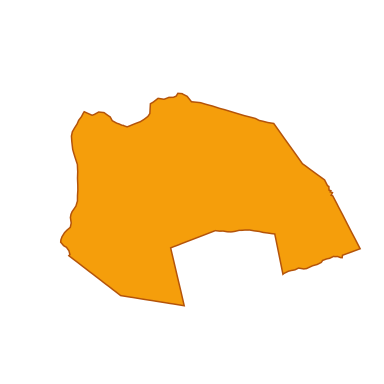 Coetzala, Veracruz, Mexico, rotated 251°
{"feature_id": "50627088B57395168555845", "entity_name": "Coetzala", "entity_type": "district", "adm_level": 2, "iso_a3": "MEX", "parent_name": "Mexico", "parent_adm1": "Veracruz", "projection": "albers", "projection_center": [-96.922, 18.775], "detail": "fine", "context": "isolated", "style": "filled", "palette": "amber", "viewbox_px": 384, "rotation_deg": 251, "n_neighbors": 0, "source": "geoboundaries", "source_scale": "gbopen_adm2", "svg_char_len": 2928}
<svg xmlns="http://www.w3.org/2000/svg" viewBox="0 0 384 384"><g transform="rotate(251 192 192)"><path d="M171.9,54.8L167.9,57.4L162.4,61.1L157.6,64.2L154.9,66.0L149.7,69.4L147.1,71.2L142.8,74.0L142.7,74.1L139.8,76.0L137.4,77.6L136.4,78.2L132.6,80.7L130.3,82.3L125.5,85.4L121.3,88.2L120.7,88.6L117.3,90.8L112.5,99.8L111.6,101.6L107.3,109.5L105.8,112.3L103.6,116.5L102.1,119.4L100.5,122.3L97.8,127.4L94.7,133.2L93.8,134.8L92.5,137.4L89.0,143.9L87.0,147.6L102.2,149.2L115.5,150.5L135.2,152.5L146.1,153.6L146.2,155.4L146.3,157.3L146.3,159.2L146.4,162.3L146.6,165.2L146.7,168.5L146.8,170.9L147.0,177.0L147.2,183.0L147.4,188.4L147.5,191.1L147.9,201.4L146.0,205.4L145.3,207.6L144.9,208.8L142.9,212.4L141.6,215.8L141.2,217.5L140.8,219.8L140.4,224.1L139.5,226.8L138.8,229.7L138.0,232.0L137.7,232.9L137.3,234.1L134.8,238.6L134.0,240.3L132.7,242.9L130.6,246.1L128.5,250.4L127.6,252.1L126.7,253.8L125.4,256.6L117.7,255.6L84.6,251.2L85.1,252.4L85.1,252.7L85.7,257.5L85.4,260.8L85.3,261.1L84.9,264.1L85.4,268.0L83.1,272.2L82.9,272.5L82.3,275.4L82.5,277.1L82.9,281.0L83.0,282.1L82.8,285.4L82.7,286.6L82.9,288.3L83.3,291.1L83.8,292.0L84.8,293.1L84.8,294.0L84.9,297.5L84.5,300.5L85.0,304.8L84.9,305.1L84.3,306.2L84.1,307.0L83.6,308.7L82.6,309.9L81.6,311.1L81.0,312.6L83.2,313.7L83.6,332.5L94.6,330.9L102.3,329.7L107.2,329.0L110.6,328.5L120.7,327.1L127.2,326.1L131.1,325.5L132.8,325.3L134.8,325.0L142.6,323.8L142.8,323.6L143.6,322.5L145.7,324.6L147.2,322.7L148.1,323.7L149.1,322.2L149.5,322.3L152.7,323.2L153.8,322.2L160.3,321.3L167.1,316.5L169.4,314.9L175.0,311.0L179.6,307.9L182.8,305.6L191.1,303.2L199.5,300.7L211.8,297.0L230.2,291.6L233.0,286.3L235.8,282.1L237.8,278.8L240.8,276.0L242.5,273.5L244.2,270.9L247.2,266.3L251.5,260.3L256.5,253.4L259.4,249.4L261.1,246.8L262.4,244.9L264.7,241.9L266.5,239.5L266.8,239.1L268.7,236.2L270.6,233.4L273.5,229.4L273.9,228.7L277.0,222.0L277.5,220.9L282.5,219.1L284.0,218.6L287.5,215.2L288.2,214.7L289.9,210.8L287.8,208.2L287.6,205.1L289.0,201.0L288.9,199.6L288.8,195.7L291.2,191.2L291.6,190.4L290.3,186.6L289.6,184.6L289.0,181.4L279.9,177.7L277.8,174.9L276.3,170.4L275.3,166.1L275.2,161.8L275.0,157.6L274.8,154.7L274.7,151.9L276.6,149.4L277.4,148.7L277.8,147.6L280.2,145.1L281.5,143.3L285.4,139.8L289.6,139.1L291.4,137.7L293.8,136.0L295.7,134.7L295.8,134.5L298.0,129.8L297.6,127.6L297.5,126.9L297.1,124.8L297.1,122.5L299.7,119.7L303.0,116.2L301.7,114.6L299.2,112.0L296.7,108.2L293.8,105.6L290.7,101.7L287.9,98.5L284.1,96.2L279.3,94.9L275.8,94.1L271.3,93.1L268.3,92.9L263.1,92.7L255.4,92.6L250.7,91.2L248.5,90.6L245.9,89.6L242.5,88.3L240.9,87.8L235.8,86.3L234.3,85.8L230.7,84.6L229.3,84.0L226.0,82.6L220.6,80.7L219.9,80.1L216.5,77.7L214.3,74.8L212.5,72.3L210.3,70.3L207.4,68.7L202.0,67.7L198.2,65.4L196.7,61.5L195.1,58.3L192.0,54.5L190.6,53.4L189.5,52.5L187.3,51.5L185.8,52.1L183.1,53.1L181.9,54.1L180.6,55.3L176.4,56.5L172.6,56.2L171.9,54.8Z" fill="#f59e0b" stroke="#b45309" stroke-width="1.5"/></g></svg>